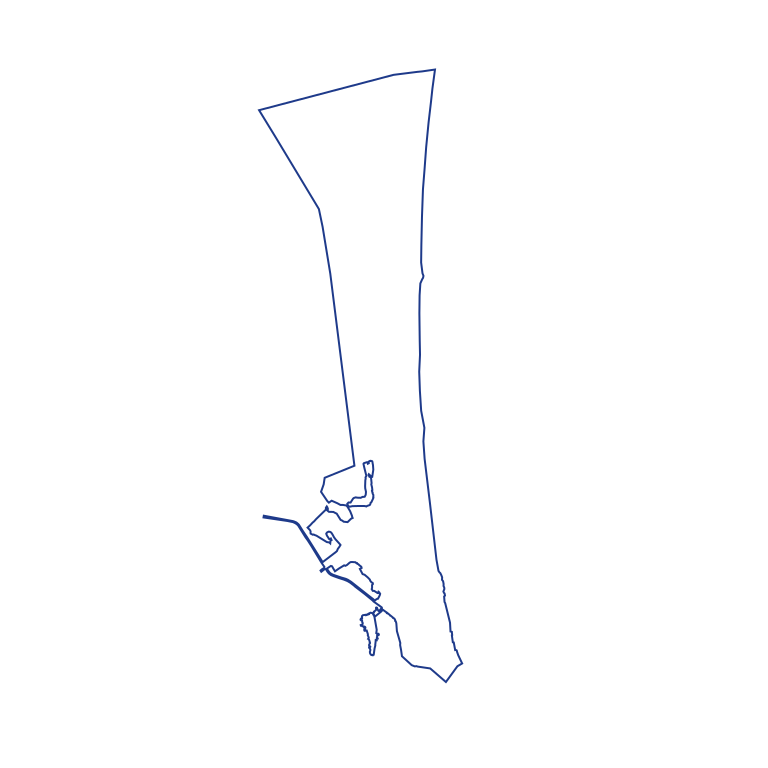 outline of Khur Maksar, `Adan, Yemen, rotated 339°
{"feature_id": "15242507B71955992885975", "entity_name": "Khur Maksar", "entity_type": "district", "adm_level": 2, "iso_a3": "YEM", "parent_name": "Yemen", "parent_adm1": "`Adan", "projection": "robinson", "projection_center": [45.028, 12.865], "detail": "fine", "context": "isolated", "style": "outline", "palette": "blue", "viewbox_px": 768, "rotation_deg": 339, "n_neighbors": 0, "source": "geoboundaries", "source_scale": "gbopen_adm2", "svg_char_len": 6118}
<svg xmlns="http://www.w3.org/2000/svg" viewBox="0 0 768 768"><g transform="rotate(339 384 384)"><path d="M356.8,672.9L356.1,663.7L356.2,660.3L356.4,658.8L355.7,658.0L355.1,657.9L356.5,650.3L355.7,649.8L357.3,642.9L357.7,642.8L358.5,639.7L357.4,638.9L360.1,630.5L362.6,610.5L362.4,609.2L364.0,603.9L365.1,603.4L365.5,601.2L365.1,600.4L365.1,599.0L366.9,597.0L367.3,595.5L367.2,593.9L368.0,592.0L368.5,589.3L368.0,587.6L369.0,585.3L369.0,583.0L368.8,580.7L368.3,579.8L367.9,578.0L370.0,566.9L384.2,511.7L395.1,468.4L400.2,451.7L406.0,439.4L409.1,422.3L415.1,403.1L421.3,385.1L428.1,369.6L432.9,356.3L442.4,330.6L449.0,314.0L454.0,303.1L457.2,299.9L458.5,298.9L459.6,297.2L459.6,294.5L462.2,283.9L468.7,267.6L479.3,241.7L490.1,216.3L498.7,198.3L508.2,178.1L519.3,155.9L529.0,137.4L535.1,125.5L544.3,108.7L531.5,105.8L527.2,104.6L503.7,98.8L365.5,83.6L371.5,116.1L385.5,195.0L385.9,197.4L383.0,215.3L373.4,261.7L327.1,449.7L295.0,450.3L291.7,456.1L286.6,462.1L289.1,472.9L290.0,475.0L293.3,474.2L297.8,478.7L300.0,481.3L302.2,482.1L305.4,484.0L306.0,485.9L306.8,490.6L306.9,495.4L306.6,497.3L306.7,497.8L304.9,498.0L300.5,499.9L297.0,498.1L296.1,496.6L294.8,495.3L293.4,488.1L291.8,486.4L290.9,485.3L286.8,483.6L285.8,481.8L286.4,481.3L286.9,480.3L286.9,478.7L286.7,477.8L285.4,478.7L284.8,480.4L272.2,485.8L269.5,487.2L267.7,487.8L264.5,489.4L261.2,490.7L262.6,494.1L262.6,495.4L262.0,496.7L261.9,497.4L263.5,499.2L264.4,499.3L265.2,500.2L266.6,501.4L274.0,511.1L276.1,512.3L276.7,513.5L277.8,511.3L278.4,511.0L279.1,510.9L279.0,509.2L277.9,509.5L277.0,508.7L277.0,507.6L276.7,506.5L276.4,505.1L276.4,503.1L277.4,502.3L278.2,502.1L279.4,502.0L280.5,502.6L281.2,503.3L281.7,504.5L282.1,506.6L282.4,509.1L283.1,511.7L285.3,517.4L285.7,518.7L284.0,520.0L281.8,521.4L280.2,523.1L278.9,523.6L262.9,528.3L257.2,499.3L255.6,492.4L254.1,484.8L253.4,483.3L252.6,481.9L251.1,480.4L249.9,479.4L224.6,463.9L223.7,465.4L244.8,477.3L249.5,480.3L250.6,481.4L251.5,482.4L252.5,483.9L253.2,485.5L255.8,499.0L256.8,502.7L258.2,509.5L261.6,528.4L262.8,533.4L262.2,534.3L259.4,534.8L257.9,535.4L258.2,536.8L262.5,535.5L263.4,536.0L263.9,538.7L264.3,540.1L264.7,541.2L266.0,543.3L268.1,545.3L272.5,549.1L276.4,552.2L279.3,554.9L281.2,557.3L283.7,561.3L284.3,562.6L290.8,573.2L295.8,582.0L296.3,583.3L301.8,591.7L301.8,592.6L301.4,593.0L301.1,592.5L299.0,593.7L299.1,594.1L298.0,594.3L297.5,593.8L297.2,591.9L297.3,590.4L297.1,590.1L296.7,589.9L296.4,590.0L296.1,590.8L296.5,591.4L296.6,591.7L293.7,592.8L293.0,592.9L292.9,593.5L292.3,593.8L291.9,593.8L291.7,594.1L292.0,596.3L291.5,596.3L291.2,593.9L289.5,592.7L287.2,592.9L287.3,593.5L284.6,593.4L284.7,593.0L281.5,592.3L281.2,592.4L280.3,592.8L280.0,593.3L279.8,594.2L279.6,594.8L278.8,594.7L278.4,594.8L277.8,595.3L277.6,595.7L277.7,596.0L278.0,596.5L278.8,596.8L278.3,598.8L278.5,599.6L277.6,600.7L277.3,600.9L275.9,600.7L275.8,601.2L275.8,601.3L277.2,601.5L277.5,601.7L277.4,602.1L276.7,601.9L276.8,602.2L277.4,602.4L278.0,603.8L278.5,604.2L279.0,603.7L279.2,603.9L279.3,604.2L279.4,604.5L279.3,604.8L278.9,604.9L278.7,605.7L278.0,605.5L277.7,605.8L277.3,607.1L277.4,607.4L277.9,607.6L279.5,608.0L279.3,611.6L279.2,612.1L278.8,612.8L278.9,614.2L278.8,615.4L277.9,616.2L278.3,616.5L278.4,617.5L278.3,619.5L278.1,619.8L278.0,620.3L278.2,620.6L278.1,620.9L277.7,621.3L277.3,621.5L276.6,622.2L276.4,622.8L277.1,624.2L277.0,624.4L275.8,624.4L275.6,624.8L276.2,625.4L276.1,625.7L275.9,625.6L275.9,625.9L276.0,626.4L276.0,627.3L275.7,627.9L274.8,629.0L274.5,630.3L274.5,630.9L275.0,632.4L276.4,633.3L276.8,633.1L276.8,632.9L277.4,633.0L280.5,627.4L282.2,625.0L282.3,624.5L283.9,621.4L284.5,620.1L285.4,620.6L286.0,619.1L286.9,619.3L286.9,619.1L286.3,618.9L286.7,617.7L287.1,617.4L287.2,617.2L287.3,616.7L287.6,616.0L288.0,616.0L288.3,616.3L289.0,616.5L289.4,616.1L289.4,615.5L289.3,615.2L288.9,615.0L288.6,615.0L288.3,615.3L288.1,615.3L288.3,614.7L287.5,613.8L289.1,610.9L291.6,598.1L299.6,595.5L301.7,594.5L302.2,594.6L304.6,598.3L304.5,598.9L304.8,599.2L305.1,599.0L306.7,601.8L306.7,602.3L307.2,602.7L308.8,605.5L308.7,605.8L309.2,606.2L309.6,606.8L309.8,608.0L309.8,608.5L309.6,608.8L309.5,609.1L309.8,609.4L309.9,610.6L309.7,612.0L307.5,619.3L306.6,629.5L306.4,631.6L305.5,633.5L304.6,638.5L303.2,644.6L309.1,656.4L311.6,658.7L313.1,659.0L314.2,659.9L325.2,666.1L335.0,684.4L351.4,673.8L356.8,672.9ZM269.2,534.8L270.2,535.6L270.5,537.8L271.1,541.3L275.9,540.1L281.8,539.0L282.8,539.9L284.6,539.7L287.5,538.6L288.9,538.3L290.3,538.7L293.5,540.2L293.8,541.0L294.7,541.6L294.6,542.2L295.5,543.1L296.1,544.5L297.3,546.4L297.2,547.7L295.2,548.0L295.9,553.8L297.5,555.1L299.5,558.7L300.7,561.5L300.6,562.6L301.3,564.8L302.1,565.5L302.0,566.7L300.8,567.4L299.8,570.1L299.0,571.1L299.4,573.1L300.8,573.7L301.8,575.2L302.4,575.8L302.8,576.6L303.1,576.9L303.6,577.0L304.1,576.4L304.2,577.0L304.5,576.9L304.8,576.7L305.0,577.1L304.8,577.5L305.2,578.5L304.6,579.4L303.4,580.6L301.4,582.3L300.8,582.1L300.5,582.2L299.7,582.2L298.6,582.7L297.8,582.8L296.9,581.1L293.7,575.9L282.4,556.9L280.1,553.8L278.5,552.2L274.8,549.4L268.3,544.0L266.8,542.4L265.9,541.1L265.4,539.7L264.4,535.9L269.2,534.8ZM329.8,472.5L332.2,466.9L332.9,466.0L333.3,464.5L334.6,463.5L335.6,455.3L336.2,451.3L336.4,451.0L337.0,450.7L340.1,450.9L340.6,451.6L340.4,452.6L341.4,452.5L341.8,451.1L342.6,450.8L343.6,450.8L343.8,451.1L344.3,451.1L345.3,451.9L345.3,452.5L344.8,454.8L344.7,455.6L343.3,460.2L339.7,466.5L339.1,466.5L338.8,465.4L337.5,462.8L337.0,463.3L337.8,464.8L337.6,464.9L337.1,464.7L337.1,465.3L338.3,466.5L338.2,467.0L337.8,468.8L337.4,470.2L336.9,472.1L336.2,473.1L335.8,476.2L335.1,478.9L334.6,479.1L334.4,479.5L334.5,480.0L334.3,480.7L334.5,481.2L334.1,482.2L334.3,483.7L333.7,485.3L333.3,485.8L333.4,486.3L332.9,486.9L329.9,489.8L328.9,490.1L328.4,491.0L327.3,491.9L324.5,491.8L323.6,492.0L323.0,491.5L321.8,490.8L316.6,488.8L310.7,486.7L308.2,486.3L307.3,485.8L306.8,484.2L306.8,482.7L308.4,481.9L310.3,482.7L314.1,479.9L315.1,479.6L317.0,479.7L318.2,480.5L321.5,481.9L323.5,481.7L324.9,482.2L325.6,482.3L327.2,480.9L328.5,478.3L329.1,474.6L329.8,472.5Z" fill="none" stroke="#1e3a8a" stroke-width="2"/></g></svg>